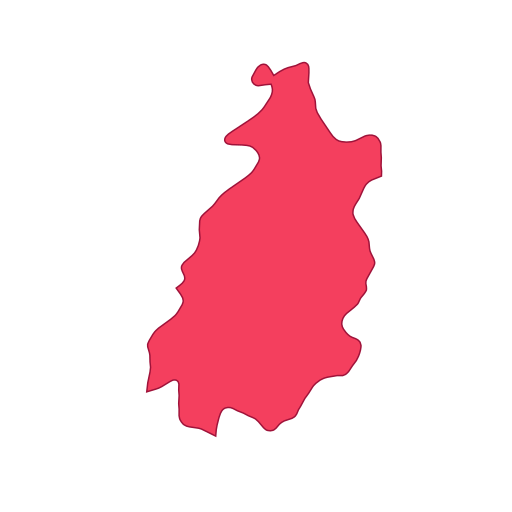 the district of San Gregorio de Yaguate, San Cristóbal, Dominican Republic, rotated 55°
{"feature_id": "3306468B54711183761237", "entity_name": "San Gregorio de Yaguate", "entity_type": "district", "adm_level": 2, "iso_a3": "DOM", "parent_name": "Dominican Republic", "parent_adm1": "San Cristóbal", "projection": "equal_earth", "projection_center": [-70.195, 18.34], "detail": "fine", "context": "isolated", "style": "filled", "palette": "rose", "viewbox_px": 512, "rotation_deg": 55, "n_neighbors": 0, "source": "geoboundaries", "source_scale": "gbopen_adm2", "svg_char_len": 3674}
<svg xmlns="http://www.w3.org/2000/svg" viewBox="0 0 512 512"><g transform="rotate(55 256 256)"><path d="M236.5,339.8L244.0,339.7L248.2,340.1L250.8,341.2L251.9,342.1L253.5,344.3L257.0,352.0L258.0,354.9L258.4,356.7L258.9,362.2L259.2,377.2L259.7,380.8L260.1,382.6L261.1,385.5L264.0,391.9L265.4,394.3L266.2,395.4L268.3,396.8L274.2,398.8L276.5,399.9L281.9,403.5L286.7,406.2L290.2,409.3L297.8,417.4L304.6,423.4L307.6,414.3L308.4,411.5L308.9,408.2L309.5,398.5L309.9,395.7L310.4,394.4L311.2,393.3L312.2,392.4L313.4,392.0L314.5,391.9L316.7,392.6L321.5,396.2L326.2,399.0L332.6,404.0L337.3,406.8L342.7,410.6L345.1,411.7L346.4,412.1L349.1,412.3L351.8,412.1L353.1,411.7L355.6,410.4L357.9,408.4L364.2,401.7L366.5,399.9L380.4,392.3L375.5,388.2L372.2,384.9L367.1,379.0L364.5,375.4L363.2,372.8L362.8,371.4L362.7,369.8L362.9,368.3L364.0,365.8L365.6,363.8L367.7,362.3L372.1,360.0L377.5,356.4L382.4,353.9L386.8,351.1L389.1,349.9L393.1,349.0L401.0,348.3L403.5,347.7L404.7,347.2L405.7,346.4L407.4,344.5L408.5,342.1L408.7,340.7L408.5,338.2L407.2,333.3L407.0,330.4L407.3,327.4L409.6,319.7L409.8,316.9L409.6,315.5L408.7,313.2L406.3,309.4L404.6,305.5L400.7,297.7L398.6,291.6L395.7,284.7L395.2,283.2L394.6,279.9L394.4,274.7L394.9,271.4L395.3,269.7L396.3,266.9L400.5,258.1L403.7,253.5L404.3,250.8L404.3,249.4L403.8,246.5L401.2,239.9L399.2,233.8L396.8,229.4L394.9,226.7L392.9,224.3L390.7,222.2L389.5,221.3L386.9,220.4L385.6,220.2L383.1,220.7L380.9,221.8L377.8,223.9L375.5,225.1L372.9,225.8L370.2,226.2L366.1,226.3L363.5,225.9L360.9,224.8L358.8,223.0L357.0,220.7L355.7,217.9L355.0,214.7L354.3,204.9L353.6,200.4L353.1,199.1L350.8,195.1L350.3,193.9L348.9,188.8L347.9,186.3L347.3,185.2L346.4,184.4L344.5,183.2L341.5,181.8L339.6,180.3L338.2,178.2L332.1,165.7L330.6,163.5L329.7,162.7L328.6,162.1L326.2,161.3L319.8,160.3L317.2,159.7L314.8,158.6L309.2,155.4L306.5,154.5L303.7,154.0L299.4,153.8L286.2,153.9L281.9,153.7L277.8,152.7L276.5,152.1L274.4,150.4L273.4,149.4L271.8,147.0L270.5,144.3L268.1,138.5L262.3,128.8L260.9,125.9L260.4,124.3L259.9,121.0L260.1,117.7L262.5,107.4L258.6,104.5L253.8,101.8L247.4,97.0L242.7,94.2L237.3,90.4L234.9,89.2L233.6,88.9L229.6,88.6L227.0,89.2L225.8,89.8L223.6,91.6L222.0,93.8L220.7,96.5L220.2,98.1L218.7,107.7L218.3,109.2L217.1,112.4L214.6,116.6L211.5,120.2L209.2,122.2L206.5,123.5L202.2,124.4L197.7,124.5L181.1,124.2L173.7,123.6L169.4,122.4L163.9,119.1L161.5,117.9L158.7,117.2L150.4,115.6L144.0,113.7L136.3,107.6L132.7,105.1L130.8,104.1L128.7,103.7L126.4,104.4L125.4,105.2L124.6,106.5L123.7,109.4L122.9,114.1L120.1,121.7L119.1,125.7L118.5,130.9L118.3,137.9L112.3,137.4L108.1,137.4L105.5,137.9L104.4,138.6L103.3,139.7L102.6,141.1L102.2,142.6L102.3,145.7L102.6,147.0L103.6,149.5L107.1,156.5L108.0,157.6L109.1,158.4L111.4,159.2L113.8,159.1L116.0,158.2L117.0,157.4L117.9,156.4L121.0,150.2L123.9,145.1L126.4,145.8L128.8,146.9L130.9,148.5L132.7,150.6L134.2,153.0L134.9,154.5L138.8,164.3L139.7,167.3L140.6,172.8L140.9,178.5L140.8,186.2L140.3,203.4L140.3,208.6L140.8,211.7L141.3,213.1L142.2,214.4L143.3,215.3L144.5,215.7L145.7,215.7L146.8,215.4L148.0,214.8L151.0,211.8L156.9,203.9L160.1,200.1L162.4,197.9L165.1,196.4L169.5,195.4L172.3,195.3L175.1,195.7L177.7,196.8L178.8,197.8L180.4,200.0L183.9,207.8L184.9,210.7L185.3,212.5L185.7,216.2L185.9,220.0L185.8,239.6L186.0,245.3L186.4,249.1L187.1,252.7L189.5,259.9L190.3,263.1L191.5,273.8L192.1,277.1L192.6,278.6L193.3,280.0L195.0,282.0L202.0,287.4L209.1,291.5L211.3,293.6L214.4,297.3L217.0,301.5L218.3,304.6L219.0,308.2L220.0,318.6L221.0,321.5L221.7,322.8L222.7,323.7L223.8,324.4L226.2,325.1L231.1,326.0L233.4,327.1L234.4,328.1L235.1,329.2L236.0,332.0L236.3,335.0L236.5,339.8Z" fill="#f43f5e" stroke="#9f1239" stroke-width="1.5"/></g></svg>